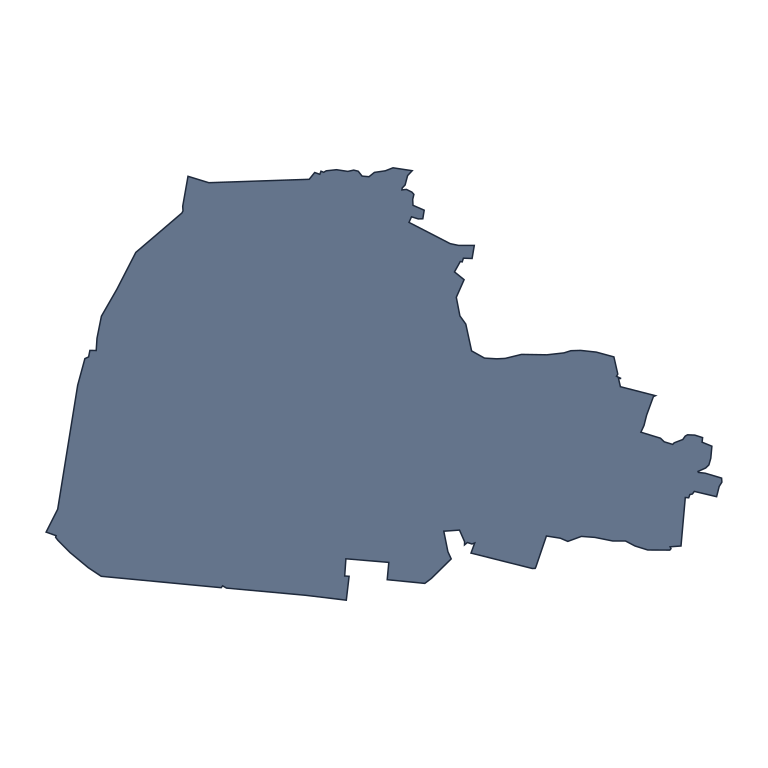 Vladaia, Mehedinti, Romania
{"feature_id": "2599482B98574489737850", "entity_name": "Vladaia", "entity_type": "district", "adm_level": 2, "iso_a3": "ROU", "parent_name": "Romania", "parent_adm1": "Mehedinti", "projection": "robinson", "projection_center": [23.037, 44.369], "detail": "medium", "context": "isolated", "style": "filled", "palette": "slate", "viewbox_px": 768, "rotation_deg": 0, "n_neighbors": 0, "source": "geoboundaries", "source_scale": "gbopen_adm2", "svg_char_len": 1919}
<svg xmlns="http://www.w3.org/2000/svg" viewBox="0 0 768 768"><path d="M681.0,546.0L685.3,497.5L688.7,497.8L689.9,494.5L692.4,494.0L694.3,491.4L716.6,496.7L719.2,486.4L721.9,482.1L721.6,478.1L705.2,473.2L698.4,472.4L698.0,471.4L705.7,468.0L708.9,464.9L710.8,458.2L711.9,446.2L702.1,442.2L702.6,437.6L694.8,435.1L687.5,434.8L685.2,436.1L682.8,439.5L674.2,442.8L672.7,444.4L664.2,441.8L660.5,438.2L640.9,432.2L644.0,425.5L646.6,415.2L653.4,396.6L655.4,395.7L620.4,386.7L618.5,378.5L621.1,378.5L616.5,376.3L617.8,374.1L613.9,356.9L596.3,352.1L580.6,350.4L570.9,350.7L563.9,352.9L546.9,354.8L521.5,354.4L505.2,358.4L496.8,358.8L484.5,358.1L471.6,350.9L465.8,324.1L459.9,315.9L456.3,297.3L464.1,279.7L454.5,271.9L460.3,261.5L462.2,261.9L463.4,258.2L472.1,258.5L474.3,245.4L458.5,245.4L450.1,243.6L409.0,222.4L411.5,216.8L418.2,218.9L422.8,218.8L424.2,210.2L413.0,205.3L412.7,199.4L413.9,194.4L411.9,192.1L406.4,189.4L401.9,189.9L402.2,188.0L405.1,185.0L407.6,175.6L412.2,170.7L393.0,167.8L385.3,170.8L374.4,172.4L369.0,176.7L362.1,176.1L358.2,171.2L353.7,170.1L347.8,171.4L336.5,169.7L326.2,170.8L323.7,172.3L321.0,171.2L319.8,174.3L314.7,172.5L309.2,179.3L208.8,182.7L188.0,176.3L182.7,206.3L183.0,210.9L181.9,213.0L135.8,252.4L116.9,289.2L101.4,316.2L97.0,338.2L96.2,350.5L89.9,350.4L88.6,356.9L84.9,358.6L77.7,385.1L57.7,509.2L46.1,532.1L56.1,535.7L55.6,537.3L57.9,540.3L70.1,552.6L88.3,567.7L101.2,576.3L221.2,587.7L222.6,585.8L226.5,588.1L305.7,595.3L346.3,600.2L349.1,576.3L344.7,576.0L345.9,558.8L388.8,562.4L387.2,579.7L424.8,583.4L431.4,578.4L451.2,558.9L447.9,551.7L443.8,531.2L459.5,530.1L464.6,541.7L464.5,544.9L467.4,542.5L471.9,544.0L474.7,543.0L471.0,553.1L532.3,568.5L535.2,568.4L535.9,566.9L546.4,536.0L560.3,538.2L567.8,541.4L581.4,536.4L594.9,537.4L612.8,541.0L625.5,541.0L635.0,546.0L647.8,550.0L669.8,550.1L671.0,548.7L670.1,546.8L681.0,546.0Z" fill="#64748b" stroke="#1e293b" stroke-width="1.5"/></svg>